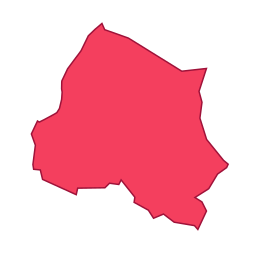 Bogdantsi, Bogdanci, North Macedonia (Albers equal-area conic projection), rotated 176°
{"feature_id": "65306769B60147523647729", "entity_name": "Bogdantsi", "entity_type": "district", "adm_level": 2, "iso_a3": "MKD", "parent_name": "North Macedonia", "parent_adm1": "Bogdanci", "projection": "albers", "projection_center": [22.598, 41.193], "detail": "fine", "context": "isolated", "style": "filled", "palette": "rose", "viewbox_px": 256, "rotation_deg": 176, "n_neighbors": 0, "source": "geoboundaries", "source_scale": "gbopen_adm2", "svg_char_len": 798}
<svg xmlns="http://www.w3.org/2000/svg" viewBox="0 0 256 256"><g transform="rotate(176 128 128)"><path d="M108.8,36.2L98.6,39.7L88.5,30.8L68.5,26.0L65.4,21.9L55.5,39.7L59.4,49.1L66.1,54.0L51.7,61.8L41.9,75.8L32.4,81.6L30.6,84.9L35.0,89.1L50.4,111.1L55.6,132.8L52.4,148.5L54.6,159.6L45.6,181.9L70.4,180.9L121.4,217.7L144.4,227.7L146.7,234.1L153.9,228.8L161.1,222.8L169.4,208.4L172.6,204.6L175.0,201.9L184.1,191.3L189.6,181.5L190.7,179.6L190.9,178.4L191.5,171.6L191.2,168.4L192.2,161.2L195.0,152.3L197.9,148.3L200.4,147.0L211.0,142.2L216.1,140.1L217.8,141.3L224.8,128.8L221.6,117.3L225.4,98.2L225.0,93.4L218.4,92.3L216.8,82.7L184.3,65.1L182.4,71.5L155.2,70.0L150.3,74.2L141.1,72.3L138.5,76.7L126.0,58.5L127.1,53.4L113.4,44.6L108.8,36.2Z" fill="#f43f5e" stroke="#9f1239" stroke-width="1.5"/></g></svg>